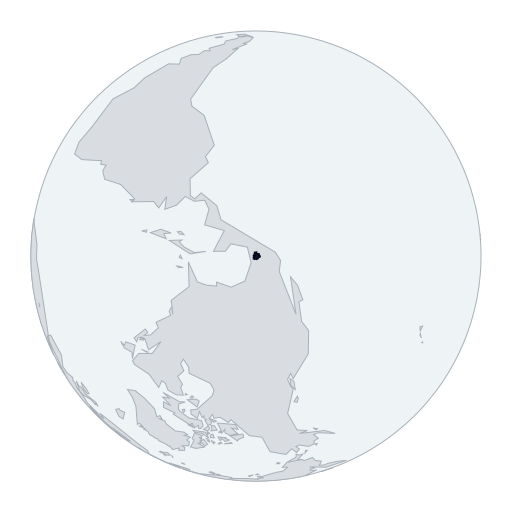 Hidalgo on an orthographic globe, rotated 194°
{"feature_id": "MEX-2730", "entity_name": "Hidalgo", "entity_type": "State", "adm_level": 1, "iso_a3": "MEX", "parent_name": "Mexico", "parent_adm1": "", "projection": "orthographic", "projection_center": [-98.728, 20.492], "detail": "fine", "context": "on_globe", "style": "filled", "palette": "ink", "viewbox_px": 512, "rotation_deg": 194, "n_neighbors": 0, "source": "natural_earth", "source_scale": "10m", "svg_char_len": 10638}
<svg xmlns="http://www.w3.org/2000/svg" viewBox="0 0 512 512"><g transform="rotate(194 256 256)"><circle cx="256" cy="256" r="225" fill="#eef3f6" stroke="#a8b0b8"/><path d="M42.0,325.9L42.5,327.5L42.0,325.9ZM334.2,298.5L329.1,296.8L324.5,304.0L306.2,295.3L298.7,282.7L238.2,264.4L231.1,257.6L229.6,246.4L203.1,209.2L217.5,244.2L208.4,237.4L199.9,224.8L203.3,221.9L195.9,203.6L186.9,196.4L181.6,173.7L190.3,146.0L194.0,150.5L195.6,144.0L191.1,138.2L187.7,136.1L187.2,110.8L174.0,97.1L163.8,99.2L170.8,94.3L147.2,103.3L136.2,103.0L152.5,99.7L157.0,96.7L151.4,94.2L154.9,90.7L154.2,87.7L158.9,84.0L168.0,83.1L171.2,80.8L167.1,79.3L169.1,75.2L174.8,77.6L178.9,70.7L195.0,69.5L206.3,81.6L219.0,80.1L240.7,91.1L242.6,87.8L251.9,90.8L257.5,88.4L259.9,91.7L262.3,87.0L259.0,84.4L259.0,81.6L261.9,80.2L265.6,84.0L264.6,85.3L267.2,85.7L267.8,88.3L269.2,86.2L273.2,91.4L273.7,84.3L280.7,86.8L282.1,90.9L276.1,93.0L264.6,109.9L264.2,115.8L269.7,121.4L292.5,126.0L294.5,132.0L301.5,138.3L303.1,133.5L298.2,127.0L302.9,120.2L296.3,113.8L297.3,110.4L292.9,103.4L299.9,102.0L309.1,104.7L313.1,110.6L317.3,112.2L318.6,104.9L331.0,115.3L347.8,121.4L350.4,124.7L346.1,133.1L333.1,136.4L327.5,149.9L337.6,139.0L343.7,148.7L347.4,149.7L350.8,148.2L351.0,143.9L354.5,147.1L345.8,158.4L342.5,155.6L345.3,151.9L339.2,153.8L333.4,162.7L337.0,167.5L324.5,177.7L326.9,181.5L325.5,186.3L322.5,179.3L327.6,192.4L313.5,210.1L320.2,233.9L306.6,216.7L297.5,215.7L286.9,217.3L287.9,221.1L272.6,219.7L260.7,229.0L259.1,248.3L266.5,262.5L283.2,261.7L286.9,253.2L298.4,250.3L292.9,273.0L313.4,273.8L312.9,290.1L319.3,297.7L328.9,294.2L339.0,296.7L345.3,286.2L355.8,279.2L357.1,292.1L362.0,279.1L368.5,284.1L388.7,278.8L387.5,282.1L404.7,292.7L421.4,293.8L425.3,301.6L423.5,307.9L428.8,307.4L428.9,311.1L448.4,307.4L456.7,311.1L455.3,323.6L446.2,342.0L432.8,373.8L415.0,389.7L407.1,401.9L387.3,421.3L376.9,423.6L376.4,429.6L367.8,435.5L360.1,437.8L355.8,442.7L350.0,444.1L351.8,446.2L338.3,453.8L337.3,457.4L326.4,462.8L326.0,464.6L323.4,465.0L319.6,466.4L317.8,467.6L311.6,467.1L314.4,462.4L320.0,459.1L316.6,459.3L329.0,450.6L323.8,452.9L332.3,440.4L343.2,428.3L357.4,392.5L354.5,385.9L340.2,379.8L323.3,353.4L329.1,340.3L324.8,335.0L338.7,315.0L334.2,298.5ZM77.3,228.3L78.5,223.1L79.8,227.0L77.3,228.3ZM77.9,219.5L77.7,221.3L77.6,219.7L77.9,219.5ZM76.9,218.0L77.6,219.1L76.6,218.4L76.9,218.0ZM75.4,216.7L76.3,217.2L76.1,217.3L75.4,216.7ZM320.4,242.1L343.8,250.1L331.8,253.6L333.9,251.1L327.7,247.2L316.6,244.4L305.7,248.4L320.4,242.1ZM73.6,213.1L73.3,212.1L74.2,212.0L73.6,213.1ZM327.9,227.5L323.9,227.1L327.6,226.5L327.9,227.5ZM185.6,135.9L190.6,138.5L193.4,145.4L188.8,143.5L185.6,135.9ZM180.7,123.9L184.0,123.8L181.9,130.1L180.6,128.2L180.7,123.9ZM155.6,101.9L159.1,103.0L154.5,103.2L155.6,101.9ZM153.3,88.0L151.2,88.9L151.7,87.1L153.3,88.0ZM289.3,104.8L291.1,104.1L291.0,105.7L289.3,104.8ZM285.7,102.5L284.4,104.9L282.5,104.2L283.4,102.7L285.7,102.5ZM159.3,79.8L160.8,76.9L160.9,79.6L159.3,79.8ZM287.8,99.9L279.3,102.7L276.0,101.5L276.6,95.2L287.8,99.9ZM162.7,75.1L166.2,68.6L161.8,69.8L176.1,63.3L168.4,70.6L169.2,73.6L166.1,73.2L162.7,75.1ZM256.7,84.3L260.3,86.9L254.5,86.2L256.7,84.3ZM253.0,84.6L235.2,87.5L231.4,83.4L238.1,83.0L230.8,79.2L237.7,75.6L243.2,76.9L244.3,80.2L246.1,76.4L253.0,84.6ZM183.4,61.1L185.6,59.7L185.0,61.0L183.4,61.1ZM258.5,80.5L255.3,81.3L251.6,77.6L257.5,75.4L256.8,77.3L258.5,80.5ZM225.6,80.1L224.0,77.3L229.0,73.5L229.1,72.0L237.5,75.2L225.6,80.1ZM259.1,77.4L260.5,74.5L265.0,75.0L261.4,79.5L259.1,77.4ZM248.3,77.7L246.8,75.9L249.5,76.1L248.3,77.7ZM281.4,75.9L277.6,76.5L275.4,74.5L281.4,75.9ZM260.8,73.4L259.2,73.3L257.9,72.7L259.8,71.1L260.8,73.4ZM240.5,72.5L243.0,71.7L237.3,71.0L240.9,68.5L245.9,71.2L245.2,69.0L246.3,68.3L249.1,71.3L240.5,72.5ZM257.7,67.8L265.3,70.9L272.8,70.1L275.0,71.6L262.5,72.8L257.7,67.8ZM252.4,69.5L256.2,68.7L257.0,70.9L254.9,72.8L252.4,69.5ZM241.5,66.0L234.8,69.0L233.9,68.4L241.5,66.0ZM259.8,67.0L257.9,66.3L260.2,66.7L259.8,67.0ZM247.0,65.7L244.7,66.8L243.8,66.0L247.0,65.7ZM256.1,64.2L258.5,65.1L257.2,66.3L256.1,64.2ZM251.8,64.5L251.1,63.2L255.2,66.2L250.9,65.1L251.8,64.5ZM246.5,64.8L245.2,64.7L247.6,64.4L246.5,64.8ZM259.8,59.3L265.3,62.8L262.3,65.4L257.4,61.6L259.8,59.3ZM320.7,468.5L311.5,467.7L317.3,467.9L324.6,465.1L328.2,466.1L320.7,468.5ZM340.8,460.6L347.3,458.1L347.9,458.3L343.5,460.1L340.8,460.6ZM402.1,84.5L401.9,84.4L406.2,88.1L411.2,92.7L409.5,91.4L417.1,100.1L435.5,122.7L438.1,128.4L436.2,129.6L420.7,112.7L416.7,102.1L411.1,97.0L404.3,93.7L403.7,91.1L400.5,88.9L398.2,85.2L387.6,76.3L384.2,72.7L372.8,66.1L369.5,63.6L377.2,68.1L380.7,69.7L371.3,62.5L367.4,60.2L360.7,56.8L359.0,55.7L353.8,53.3L344.9,49.0L351.4,52.6L343.8,49.7L334.5,46.0L333.1,45.9L348.3,52.2L353.2,54.3L355.7,54.9L370.2,62.5L375.0,65.8L364.2,61.1L369.7,65.7L358.8,60.9L324.7,45.2L314.1,41.0L311.8,38.0L318.4,39.7L322.5,41.4L325.3,41.7L321.9,40.7L320.4,40.2L312.8,38.1L311.4,37.7L306.5,36.8L303.9,36.1L307.1,36.6L293.6,34.0L286.3,32.8L283.9,32.5L283.5,32.5L277.9,31.8L294.9,34.1L311.6,37.7L328.0,42.6L344.1,48.6L359.6,55.9L374.5,64.4L388.7,73.9L402.1,84.5ZM274.3,31.5L275.6,31.6L274.4,31.6L268.9,31.6L266.1,31.2L267.8,31.2L267.2,31.0L274.3,31.5ZM265.7,30.9L266.2,31.1L263.7,31.3L262.2,30.9L262.6,31.0L260.4,31.0L255.7,30.9L256.8,31.3L237.2,34.4L226.1,35.2L227.0,34.0L210.4,38.0L199.2,40.1L201.4,40.0L194.9,42.8L198.4,42.2L198.9,42.4L183.8,51.1L178.2,53.5L174.2,58.6L175.3,58.7L179.3,57.2L176.1,63.3L161.8,69.8L160.0,69.0L152.3,74.2L149.1,71.9L143.0,72.8L143.9,68.2L139.0,69.9L136.5,71.9L128.0,76.2L118.8,79.6L136.9,68.0L152.9,64.4L147.3,64.8L151.8,62.3L151.7,61.2L147.5,62.0L145.1,63.5L154.7,55.3L152.1,56.1L167.3,48.9L183.0,42.9L199.1,38.0L215.5,34.4L232.1,32.0L248.9,30.8L265.7,30.9ZM480.5,237.0L480.6,238.9L479.4,234.9L471.3,214.1L468.3,200.1L462.9,187.8L438.6,129.6L439.0,127.1L428.4,111.0L439.0,124.6L448.6,139.1L457.0,154.2L464.2,169.9L470.2,186.2L474.9,202.8L478.4,219.8L480.5,237.0ZM453.3,154.1L455.5,157.9L455.5,158.0L453.3,154.1ZM389.3,278.4L391.9,280.3L388.8,281.2L389.3,278.4ZM330.9,259.3L335.5,258.9L338.1,260.5L334.7,261.7L330.9,259.3ZM368.0,252.6L373.0,252.7L368.1,254.9L368.0,252.6ZM347.3,251.0L364.1,253.1L354.6,259.0L343.9,257.8L350.9,255.4L347.3,251.0ZM327.1,235.5L330.2,236.0L329.7,238.6L327.1,235.5ZM330.6,227.1L329.5,227.4L327.7,225.7L330.6,227.1ZM344.2,148.0L345.0,147.2L348.8,146.6L347.7,148.7L344.2,148.0ZM361.4,134.9L366.6,140.4L362.1,137.6L361.6,141.2L351.7,140.3L351.1,126.4L353.1,132.7L361.4,134.9ZM338.2,136.2L344.6,137.8L337.6,136.7L338.2,136.2ZM384.8,82.0L386.5,81.6L390.9,84.9L395.2,91.2L388.8,86.3L384.8,82.0ZM387.8,80.6L375.8,75.2L372.7,71.7L376.5,74.5L375.6,72.7L381.5,76.8L390.1,79.4L394.7,82.6L400.1,91.4L395.9,86.5L394.5,86.8L387.8,80.6ZM350.8,73.4L345.6,72.6L345.5,65.7L350.4,67.4L355.0,73.2L351.9,74.8L350.8,73.4ZM290.5,88.9L288.5,90.1L287.5,88.9L288.3,86.8L290.5,88.9ZM279.8,76.3L298.1,82.6L296.8,84.2L309.1,86.7L310.4,92.1L302.3,90.1L312.5,96.6L305.7,97.0L313.1,101.1L295.0,96.1L289.4,97.2L295.2,93.8L294.2,88.7L292.1,86.9L281.9,82.7L269.2,83.2L266.2,78.8L267.4,75.6L270.0,74.8L271.2,77.8L273.8,74.6L277.4,78.3L279.8,76.3ZM283.9,48.8L284.1,51.1L290.0,48.1L293.7,50.7L294.1,50.2L299.1,52.0L306.0,53.4L306.8,54.8L309.1,54.8L312.5,56.2L315.9,56.8L318.6,59.7L323.0,60.8L321.7,61.6L328.7,62.8L324.7,63.2L328.6,65.5L330.4,63.9L336.1,81.0L341.6,88.8L348.4,95.4L340.6,96.1L329.3,90.8L317.5,83.2L313.3,76.0L310.6,77.9L307.8,75.2L311.1,74.8L304.3,73.9L302.8,71.6L292.3,66.8L283.3,67.6L279.2,66.1L282.1,64.7L276.0,64.3L278.6,60.8L275.7,59.7L275.4,55.6L282.5,53.9L278.8,53.0L278.3,50.1L283.9,48.8ZM259.9,58.1L267.6,54.8L273.3,54.8L271.5,62.2L273.8,63.6L272.8,69.0L264.5,69.0L265.5,67.4L264.6,65.9L267.6,66.5L264.5,64.9L265.8,62.8L263.8,61.1L266.8,60.4L259.9,58.1ZM422.3,104.1L422.9,104.7L418.8,100.4L417.2,98.7L420.1,101.6L422.3,104.1ZM412.6,94.1L416.8,98.3L415.2,96.8L412.6,94.1ZM375.3,66.6L373.2,65.0L374.5,65.6L377.4,67.4L375.3,66.6ZM302.3,42.7L301.5,43.5L299.9,43.1L294.2,43.8L291.1,42.2L293.3,41.3L302.3,42.7ZM297.9,41.1L295.9,41.5L295.5,40.6L297.9,41.1ZM288.5,41.2L287.4,40.1L290.0,42.1L288.5,41.2ZM268.1,32.8L279.6,33.2L285.8,33.4L285.9,33.0L290.6,34.2L281.1,33.8L268.1,32.8ZM241.3,34.0L241.2,35.0L238.0,35.0L237.6,34.7L241.3,34.0ZM243.5,34.3L249.5,34.9L247.3,35.8L243.0,35.1L243.5,34.3ZM274.1,36.7L277.7,36.8L277.9,37.4L274.1,36.7ZM43.1,329.6L43.7,331.2L43.5,330.9L43.1,329.6ZM42.6,327.6L41.9,326.1L42.0,325.9L42.6,327.6ZM137.7,64.3L138.9,63.5L140.8,62.5L129.3,69.8L137.7,64.3ZM183.6,59.7L185.4,59.7L182.9,60.6L183.6,59.7ZM201.0,42.0L201.3,42.6L198.4,43.4L201.0,42.0ZM200.7,44.8L203.8,43.4L201.7,45.0L200.7,44.8ZM210.5,40.6L205.6,43.0L208.7,40.6L210.5,40.6Z" fill="#d9dde1" stroke="#a8b0b8" stroke-width="1"/><path d="M254.8,253.3L254.8,253.2L254.8,252.9L255.0,252.8L255.3,252.9L255.3,253.0L255.5,253.2L255.6,253.3L255.8,253.3L256.0,253.2L256.3,253.2L256.5,253.2L256.5,252.9L256.5,252.6L256.7,252.4L256.8,252.4L256.9,252.5L257.0,252.6L256.9,252.8L256.9,253.0L257.0,253.1L257.2,253.3L257.3,253.4L257.5,253.3L257.6,253.2L257.6,253.3L257.7,253.5L257.8,253.5L257.8,253.4L258.0,253.5L258.2,253.8L258.0,254.0L257.9,254.1L257.8,254.4L257.8,254.5L257.7,254.7L257.4,254.5L257.2,254.5L257.2,254.8L256.9,254.9L256.9,255.0L257.0,255.1L257.1,255.3L256.9,255.4L256.8,255.5L256.7,255.7L256.7,255.8L256.6,256.0L256.7,256.3L256.8,256.3L256.8,256.5L257.0,256.5L257.2,256.3L257.2,256.2L257.3,256.1L257.5,256.1L257.7,255.9L257.8,255.8L257.9,255.7L258.0,255.5L258.1,255.4L258.3,255.2L258.5,255.3L258.6,255.5L258.6,255.8L258.6,256.0L258.4,256.3L258.2,256.4L258.2,256.5L257.9,256.7L257.7,256.8L257.7,257.0L257.8,257.1L258.0,257.1L258.2,257.3L258.3,257.5L258.2,257.7L258.1,257.8L258.1,258.0L257.9,258.2L257.9,258.3L257.8,258.5L257.9,258.8L258.0,258.9L258.1,259.1L257.9,259.1L257.7,259.1L257.6,259.3L257.5,259.5L257.4,259.5L257.2,259.4L256.9,259.3L256.7,259.5L256.7,259.4L256.4,259.5L256.4,259.3L256.4,259.2L256.5,259.1L256.3,258.8L256.3,258.7L256.2,258.6L255.9,258.6L255.7,258.4L255.5,258.5L255.3,258.7L255.1,258.7L255.2,258.4L255.3,258.2L255.2,258.2L255.2,257.9L254.9,257.8L254.7,257.8L254.5,258.0L254.4,258.0L254.2,258.0L254.2,258.3L254.0,258.5L253.9,258.6L253.7,258.7L253.6,258.8L253.5,258.7L253.4,258.6L253.4,258.4L253.2,258.2L253.1,257.9L253.2,257.7L253.0,257.4L252.9,257.3L252.7,257.3L252.4,257.2L252.2,257.1L252.1,256.9L251.9,256.7L252.0,256.3L252.0,256.1L252.0,255.9L252.4,255.7L252.5,255.7L252.8,255.5L252.9,255.4L253.0,255.4L253.1,255.2L253.1,254.8L253.2,254.6L253.3,254.5L253.5,254.4L253.6,254.1L253.7,253.9L253.6,253.7L253.8,253.5L253.9,253.4L254.0,253.4L254.1,253.5L254.3,253.5L254.4,253.4L254.6,253.3L254.8,253.3L254.8,253.3Z" fill="#0f172a" stroke="#020617" stroke-width="1.5"/></g></svg>